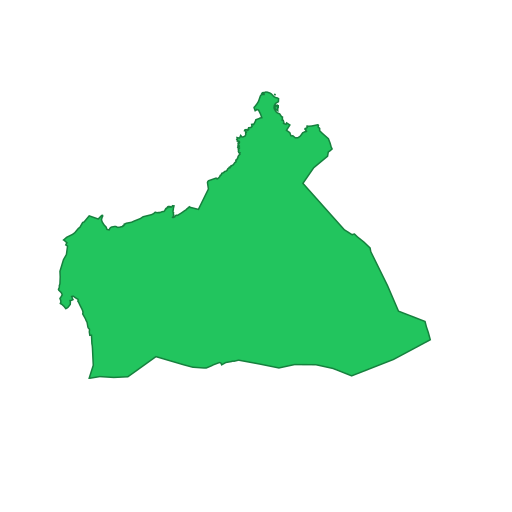 the district of Melhus nor, Sør-Trøndelag, Norway, rotated 15°
{"feature_id": "86288312B97150685823203", "entity_name": "Melhus nor", "entity_type": "district", "adm_level": 2, "iso_a3": "NOR", "parent_name": "Norway", "parent_adm1": "Sør-Trøndelag", "projection": "albers", "projection_center": [10.176, 63.18], "detail": "fine", "context": "isolated", "style": "filled", "palette": "green", "viewbox_px": 512, "rotation_deg": 15, "n_neighbors": 0, "source": "geoboundaries", "source_scale": "gbopen_adm2", "svg_char_len": 6002}
<svg xmlns="http://www.w3.org/2000/svg" viewBox="0 0 512 512"><g transform="rotate(15 256 256)"><path d="M66.0,290.3L66.7,290.5L70.0,292.2L69.8,292.6L69.4,294.5L71.4,295.2L72.5,303.7L71.0,309.3L70.6,321.5L72.3,326.9L73.8,333.6L73.7,335.6L74.1,336.9L74.1,337.8L73.8,339.3L74.4,340.1L77.6,341.9L77.8,342.3L78.8,343.5L78.8,344.0L78.2,346.1L77.6,347.7L79.1,349.9L79.5,351.6L79.2,352.4L79.4,352.6L81.1,353.0L83.7,354.4L85.9,356.1L86.9,355.2L87.8,354.0L89.1,350.8L88.7,348.8L87.9,347.2L89.0,346.8L90.5,345.5L89.8,344.8L89.0,343.5L88.4,342.8L89.8,342.1L93.7,343.5L94.9,343.7L95.4,344.1L95.7,344.9L95.6,345.7L96.7,346.7L98.7,349.1L102.1,352.9L103.1,354.4L103.5,355.3L103.6,356.8L107.5,360.8L108.6,362.3L110.0,363.8L112.0,368.1L112.7,369.0L114.0,369.7L114.4,370.8L114.6,372.4L116.0,375.6L117.6,375.1L120.2,383.2L121.1,385.1L122.0,387.7L127.1,403.7L126.5,417.2L127.3,417.0L136.3,412.9L150.1,410.1L163.5,405.8L185.4,379.1L214.7,379.8L223.6,379.8L234.9,377.6L237.0,377.0L241.5,373.5L243.0,372.1L248.2,368.4L249.4,368.4L250.0,368.7L251.0,370.0L254.4,366.7L259.8,364.2L260.2,363.8L262.3,363.2L266.1,361.1L287.6,359.4L307.1,358.2L321.3,350.9L342.0,345.5L359.4,344.7L379.4,347.0L415.6,320.3L446.0,291.8L442.3,285.4L438.9,280.3L436.2,275.5L407.9,272.4L390.8,250.7L365.8,222.2L364.1,218.7L356.6,214.6L349.0,211.3L345.4,209.3L343.7,210.2L343.4,210.6L334.5,207.8L282.5,173.7L288.9,155.8L299.3,141.1L298.9,136.9L300.3,135.2L301.8,132.9L300.1,130.9L299.9,130.4L298.5,128.0L295.6,124.0L288.2,120.3L285.0,118.5L284.9,117.7L284.6,117.1L284.5,116.3L284.1,116.0L282.9,115.6L282.6,115.3L282.5,113.6L281.8,113.2L276.2,116.0L273.2,117.1L272.2,117.1L271.6,117.4L272.2,118.6L271.7,119.3L270.4,120.2L270.4,120.4L270.6,120.7L270.6,121.0L271.3,121.2L271.2,121.3L271.7,121.6L271.7,121.9L272.5,122.4L272.2,122.9L271.1,123.3L269.2,124.9L267.8,128.7L265.9,130.9L263.4,131.7L260.4,130.3L259.7,130.7L258.6,130.8L256.7,128.1L252.9,126.7L254.8,120.7L251.1,119.5L250.9,121.1L248.3,120.8L248.4,119.9L247.2,117.9L246.1,118.0L246.1,117.1L245.6,114.9L244.6,114.8L242.1,112.6L239.4,112.2L238.6,111.8L237.3,110.9L235.5,109.0L235.1,108.2L234.9,107.2L234.9,106.9L234.7,106.1L235.1,104.4L235.9,102.9L237.7,101.2L237.1,98.2L235.7,97.8L234.1,97.9L232.2,97.5L231.0,96.8L228.9,95.5L227.3,95.0L224.6,94.8L223.0,95.1L221.8,95.9L221.6,96.3L221.6,96.5L221.4,97.0L221.4,97.5L221.5,97.7L221.9,97.6L222.0,97.8L221.9,98.0L221.5,97.9L221.3,97.6L221.3,96.6L221.1,96.3L220.5,96.3L219.9,96.7L219.8,97.0L220.2,96.8L220.2,97.1L220.1,97.3L220.2,97.5L220.5,97.0L220.8,98.1L220.7,98.3L220.2,98.4L220.5,97.9L220.5,97.6L220.1,97.5L220.0,98.3L219.0,99.6L218.8,100.4L218.5,104.6L218.3,106.3L217.7,108.4L216.2,112.1L215.7,112.8L215.7,113.2L217.6,115.9L218.3,115.2L218.6,114.7L218.7,114.3L220.7,114.4L223.7,117.8L225.8,120.9L224.1,121.7L223.6,122.3L220.6,124.4L220.5,126.4L220.2,127.1L220.2,127.6L219.6,129.7L218.9,129.5L217.7,130.0L218.7,132.0L218.1,132.5L217.9,133.2L215.7,134.0L215.6,135.1L215.4,135.8L216.0,135.9L215.4,136.9L214.1,136.4L213.4,136.6L212.6,137.1L212.5,137.4L212.5,138.0L213.3,137.9L214.4,138.8L214.2,139.1L214.5,139.3L214.1,139.7L214.1,139.9L214.7,141.2L214.3,143.1L212.6,144.4L211.7,144.7L210.0,143.5L209.7,145.7L209.4,146.4L207.0,146.5L207.3,147.2L207.8,147.7L207.8,147.9L207.3,148.4L208.2,149.2L208.3,149.4L208.2,149.8L208.9,149.9L209.6,149.5L210.3,149.7L210.4,150.0L209.7,150.3L209.6,150.8L210.6,150.9L210.7,151.0L210.6,151.4L210.3,151.9L209.6,152.3L210.2,153.3L210.8,153.7L210.1,154.0L210.0,154.3L210.1,154.5L210.7,154.5L210.9,154.3L211.4,154.7L211.0,155.2L210.3,155.4L210.2,155.7L210.5,155.9L211.4,156.1L210.9,156.5L211.1,156.8L211.8,156.6L211.4,157.5L211.4,157.9L211.9,158.4L211.9,158.8L212.0,159.0L211.8,159.3L212.6,160.5L213.9,160.5L213.6,161.7L214.1,162.0L213.7,162.7L213.1,163.8L212.9,165.1L213.1,165.8L212.7,166.5L212.6,167.8L211.7,168.6L212.3,170.2L212.2,170.4L211.6,170.9L211.3,171.4L210.9,172.4L210.8,172.9L210.3,174.0L209.8,174.3L209.5,174.8L208.8,175.1L208.8,175.3L208.5,175.5L208.7,175.9L208.3,176.6L207.7,176.8L207.8,177.5L207.2,177.4L207.1,177.9L206.8,178.2L206.1,179.3L206.1,179.6L205.9,180.0L206.0,180.5L205.8,181.0L205.0,181.9L204.1,182.3L203.5,183.0L203.5,183.4L203.2,183.8L202.9,183.9L202.3,184.6L201.6,184.9L201.5,185.2L201.6,185.6L201.3,186.3L201.4,186.7L200.5,187.5L200.6,188.3L200.3,189.0L199.8,190.1L198.9,191.3L198.6,191.3L198.4,191.6L197.7,191.1L197.1,191.2L190.8,195.5L190.2,196.4L190.1,197.6L192.7,203.6L188.3,225.9L180.9,226.0L179.7,226.2L179.2,225.6L178.1,226.6L177.8,227.6L176.9,228.5L176.6,229.3L176.0,230.1L175.5,230.5L172.7,233.9L169.6,237.1L168.8,237.1L168.4,237.5L168.0,237.6L167.5,238.4L167.4,239.2L166.0,240.3L165.5,240.3L165.8,239.4L165.9,237.7L165.5,237.4L165.5,236.9L165.1,236.3L165.1,235.4L164.5,235.1L164.1,233.8L164.2,233.0L163.9,231.7L163.8,228.8L162.4,229.0L162.1,229.6L162.2,229.8L161.4,230.8L161.0,230.9L160.6,230.5L159.9,231.0L159.6,230.6L159.0,230.6L158.6,231.1L158.4,231.8L157.9,231.5L157.3,233.0L157.0,233.2L157.2,233.3L156.7,234.1L156.3,234.5L156.3,235.1L156.2,235.5L155.6,236.8L154.0,237.4L152.4,238.6L150.9,239.1L151.1,239.3L149.2,239.8L147.3,239.8L146.2,241.5L144.4,243.1L136.8,247.3L134.6,249.8L129.1,253.9L127.1,255.6L122.1,258.0L120.8,259.5L120.7,259.9L120.5,259.7L120.4,260.6L120.3,261.0L119.8,261.0L119.6,261.3L119.6,262.0L119.0,262.4L118.1,262.6L117.6,263.2L114.9,264.2L113.3,263.8L112.2,263.9L109.0,265.4L108.1,266.3L107.7,267.2L107.4,268.8L105.1,268.9L103.8,266.9L101.2,265.3L98.7,263.0L97.6,261.4L97.3,260.7L97.4,259.8L97.2,258.9L97.6,257.7L97.5,256.9L97.3,256.5L96.8,256.5L96.2,257.2L94.0,261.1L84.5,260.4L81.1,267.7L79.9,268.5L78.5,273.8L77.3,275.3L74.9,280.5L73.1,282.7L68.3,286.9L66.0,290.3ZM238.6,105.1L238.1,105.3L237.4,104.8L236.9,105.8L236.7,105.9L236.6,105.7L236.3,106.0L236.6,105.4L236.5,105.1L236.4,104.7L236.3,105.2L235.8,106.1L235.8,107.3L236.0,108.1L236.9,109.1L237.4,109.4L237.2,109.3L237.4,109.4L237.5,109.3L239.4,110.0L238.2,106.0L238.9,106.3L238.6,105.1ZM231.8,94.8L232.5,95.4L233.2,95.5L232.2,94.9L231.8,94.8Z" fill="#22c55e" stroke="#15803d" stroke-width="1.5"/></g></svg>